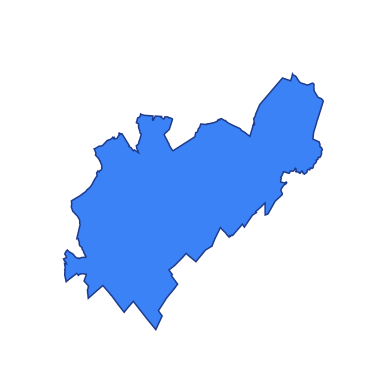 Pachuca de Soto, Hidalgo, Mexico, rotated 17°
{"feature_id": "50627088B83230284836349", "entity_name": "Pachuca de Soto", "entity_type": "district", "adm_level": 2, "iso_a3": "MEX", "parent_name": "Mexico", "parent_adm1": "Hidalgo", "projection": "equal_earth", "projection_center": [-98.775, 20.104], "detail": "fine", "context": "isolated", "style": "filled", "palette": "blue", "viewbox_px": 384, "rotation_deg": 17, "n_neighbors": 0, "source": "geoboundaries", "source_scale": "gbopen_adm2", "svg_char_len": 6027}
<svg xmlns="http://www.w3.org/2000/svg" viewBox="0 0 384 384"><g transform="rotate(17 192 192)"><path d="M180.5,124.4L180.4,128.5L179.6,129.2L179.6,132.3L179.5,133.0L179.3,133.4L178.2,134.1L178.6,138.4L161.9,158.0L161.3,158.0L160.5,157.4L159.3,156.4L156.6,153.9L155.9,152.7L154.5,151.5L154.2,151.1L153.4,150.2L148.9,145.7L148.7,145.3L148.6,144.9L148.7,144.5L151.9,139.0L152.0,138.6L152.1,128.8L152.1,128.3L151.9,128.0L151.4,127.6L148.6,127.6L148.1,127.8L147.8,127.8L147.4,127.4L146.9,127.3L144.1,128.0L143.8,130.5L140.7,129.7L140.8,128.9L140.8,128.7L134.7,130.1L134.2,132.8L134.0,134.7L133.2,134.7L132.4,130.7L124.5,132.5L121.4,132.8L120.1,132.4L120.2,135.6L118.4,136.9L118.4,139.1L118.6,139.3L118.5,140.6L118.5,142.0L121.0,142.5L121.8,144.8L121.7,145.4L124.3,149.1L125.2,150.9L126.6,151.4L126.7,157.1L126.5,159.4L126.7,160.6L126.8,161.6L125.2,164.2L126.5,166.4L129.4,170.1L124.5,168.6L123.8,169.7L120.8,167.5L118.3,166.8L118.4,165.9L115.5,163.4L110.0,158.5L107.9,156.8L107.5,157.2L105.2,156.9L104.9,157.5L105.4,158.0L106.1,158.4L105.3,159.5L104.9,161.2L104.8,162.0L104.6,162.4L104.0,163.1L103.1,163.4L102.6,163.4L102.3,163.3L101.9,162.9L102.0,163.7L101.9,164.0L100.2,162.8L99.7,164.2L98.1,166.0L96.9,166.7L96.7,167.2L95.9,167.4L93.6,172.2L92.7,173.8L92.1,174.4L90.4,175.0L89.7,175.4L87.6,177.8L85.8,179.4L86.8,180.3L88.0,182.0L88.6,182.6L88.8,183.4L88.9,184.9L89.1,185.1L91.9,186.6L93.1,187.6L93.6,187.9L93.8,188.3L94.5,188.8L95.0,188.9L95.0,189.3L95.2,189.9L95.9,190.2L96.7,191.6L97.4,192.1L98.2,193.6L98.3,194.2L98.4,194.9L99.0,195.7L98.7,197.3L98.4,197.8L97.8,198.4L97.2,199.3L97.2,199.9L95.9,199.4L95.2,201.8L96.5,204.1L95.4,207.7L94.8,210.4L94.3,213.3L93.5,216.4L92.0,219.1L91.2,220.1L90.8,220.9L90.6,221.8L90.3,222.7L89.7,223.3L85.7,228.7L79.7,235.2L79.3,235.9L80.3,238.1L80.8,240.3L80.9,241.5L83.7,245.4L85.0,245.9L85.4,246.3L86.4,246.9L89.5,248.5L92.3,251.2L93.0,252.2L93.9,255.1L94.5,255.7L95.5,270.4L96.7,269.8L97.0,270.1L97.4,271.1L97.8,271.7L98.3,272.1L99.1,273.2L99.0,273.9L99.3,274.3L99.5,274.9L100.5,276.3L102.9,277.2L103.2,277.4L103.4,278.4L103.6,278.8L104.9,279.7L106.1,281.1L106.3,281.8L107.3,282.5L108.3,283.8L108.6,283.8L108.9,284.0L109.2,284.7L109.6,285.1L109.6,285.6L109.4,285.7L107.6,286.0L106.9,286.4L105.7,286.9L104.6,287.6L104.3,287.8L104.1,288.2L104.0,288.4L103.9,288.5L103.4,288.3L103.0,288.3L102.6,288.7L102.2,288.8L100.1,288.4L99.3,288.2L98.2,287.4L97.2,286.6L95.9,286.0L95.1,285.7L93.0,285.4L91.5,284.8L89.8,283.9L89.6,284.1L89.2,284.9L88.8,286.3L88.4,288.4L90.7,290.6L91.2,291.4L91.2,291.5L88.7,293.5L90.2,295.2L90.4,295.0L92.5,296.7L92.3,296.9L92.9,297.5L91.0,297.5L92.0,299.8L92.8,301.1L93.0,302.5L93.0,303.9L93.5,304.2L94.5,308.5L97.9,314.6L99.5,312.1L105.6,303.5L107.6,304.7L107.7,304.9L108.8,303.5L109.3,303.1L109.9,302.9L110.7,302.2L115.0,301.6L115.1,302.4L114.8,308.7L120.6,312.2L120.5,313.3L120.8,314.6L120.6,316.2L120.8,316.3L121.5,318.5L122.1,319.6L122.2,320.1L122.6,320.8L123.0,321.9L123.9,324.0L130.6,313.0L134.1,307.5L142.7,312.9L144.7,314.4L145.1,314.4L154.4,321.3L162.3,326.9L164.0,322.4L167.8,313.7L185.8,326.3L197.6,334.2L199.7,319.3L194.6,315.4L198.7,300.8L201.1,294.9L201.1,295.0L203.3,289.7L205.2,284.3L196.8,278.1L197.3,276.7L192.7,273.3L196.8,267.5L202.1,257.4L204.3,252.5L207.4,253.9L216.1,257.5L221.2,245.3L221.9,243.5L227.1,237.7L227.0,236.5L227.5,230.6L229.5,217.7L233.5,220.0L235.4,220.9L236.7,221.7L237.2,222.2L240.6,224.3L241.0,222.8L241.7,223.2L242.8,221.4L243.6,221.6L246.6,214.7L248.1,211.6L249.5,208.0L252.3,210.3L256.6,196.4L259.6,192.9L258.6,192.3L262.9,185.1L263.6,183.6L265.1,181.2L268.7,192.6L270.4,191.4L271.0,190.8L271.2,190.2L274.2,176.5L278.9,168.5L279.0,168.1L278.9,167.6L278.8,167.1L277.0,165.1L276.5,164.0L276.4,163.6L276.4,163.2L277.7,158.8L279.5,156.6L279.7,156.2L279.8,155.8L279.8,155.3L279.6,155.1L279.1,154.9L278.4,155.9L278.0,156.1L277.1,156.4L276.4,156.3L274.3,156.6L274.0,156.6L273.7,156.3L273.6,155.6L273.5,154.1L273.4,154.0L273.3,152.9L273.1,152.3L272.6,152.0L273.1,150.8L273.7,145.8L278.4,145.8L279.4,145.7L279.6,145.3L279.8,144.5L279.8,143.6L279.9,143.3L280.3,143.0L282.2,142.7L282.7,142.5L283.2,141.8L283.4,141.4L283.6,140.6L283.6,139.3L283.7,139.1L284.0,139.0L284.5,139.3L285.1,140.2L285.3,141.0L285.2,141.9L285.3,142.2L285.5,142.3L285.8,142.3L286.8,141.9L287.4,141.9L288.1,142.0L289.4,142.6L289.8,142.6L290.2,141.9L290.5,140.7L290.9,139.9L291.1,139.8L291.4,139.8L292.1,140.9L293.3,141.9L294.5,142.0L294.7,141.6L294.8,141.2L295.7,140.1L296.1,139.4L296.1,138.2L295.9,137.3L296.0,136.9L296.1,136.7L296.4,136.5L298.0,136.5L298.2,136.3L298.1,134.6L298.2,134.3L298.8,134.2L299.2,134.5L299.7,134.4L300.0,134.3L300.5,133.7L300.7,133.2L300.7,132.6L300.4,131.1L300.5,130.2L300.6,129.6L301.0,129.0L301.5,128.4L301.8,127.8L302.0,126.5L302.0,126.2L301.5,125.6L301.5,125.3L301.5,125.1L302.3,124.7L302.8,124.1L302.9,123.6L302.4,122.5L302.5,122.1L303.4,121.6L304.1,121.7L304.6,120.3L304.7,117.5L304.6,116.9L304.1,116.2L303.9,115.8L304.0,114.9L304.2,114.1L304.3,113.6L304.2,113.2L303.9,112.9L302.7,111.7L302.4,111.5L302.0,111.7L301.6,111.6L301.5,111.4L300.7,110.4L300.6,109.6L300.3,108.7L299.2,107.6L299.1,107.0L292.1,106.0L290.9,99.4L290.9,89.3L290.7,88.1L290.9,85.4L291.0,66.8L290.4,66.1L288.4,64.9L285.5,64.7L284.6,64.4L279.6,60.0L279.0,59.0L277.7,55.6L277.4,54.1L277.2,53.4L276.6,52.9L275.8,52.6L275.3,52.7L273.7,53.9L272.3,55.3L271.2,55.9L269.8,56.1L268.6,55.9L264.5,55.9L263.4,55.7L262.4,55.2L259.0,52.4L258.3,51.6L257.7,51.3L256.7,50.8L254.2,50.4L253.6,49.8L253.8,52.3L253.8,56.8L245.2,56.5L231.4,88.2L231.1,89.7L230.1,99.0L230.4,100.7L229.8,103.0L229.5,103.6L231.0,106.8L230.9,107.7L231.9,108.5L232.0,109.1L232.0,109.3L231.0,108.8L230.9,109.8L230.6,110.5L231.0,111.0L231.1,121.9L230.3,121.5L227.5,120.6L225.6,119.7L221.1,118.6L219.8,117.5L218.6,117.2L212.2,116.4L206.3,115.4L204.6,114.7L202.9,113.8L202.2,114.2L198.8,113.2L197.8,113.9L196.9,114.5L197.4,114.9L197.0,115.2L196.6,114.8L195.4,116.0L195.6,116.7L195.4,117.1L192.9,119.1L189.1,121.3L186.3,122.6L186.2,123.2L180.5,124.4Z" fill="#3b82f6" stroke="#1e3a8a" stroke-width="1.5"/></g></svg>